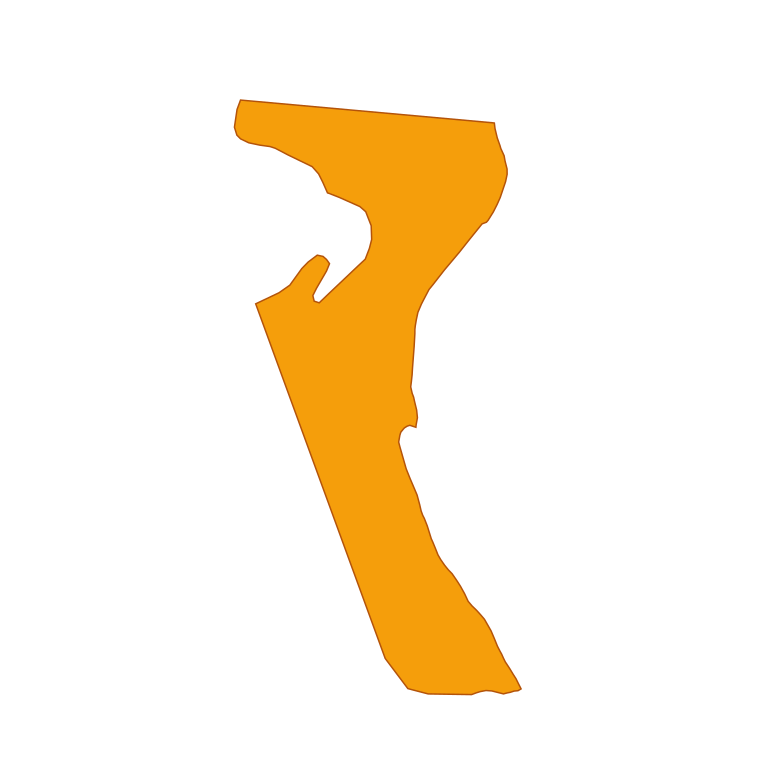 Village, Choiseul, Saint Lucia (Mercator projection), rotated 198°
{"feature_id": "8701671B35560062727781", "entity_name": "Village", "entity_type": "district", "adm_level": 2, "iso_a3": "LCA", "parent_name": "Saint Lucia", "parent_adm1": "Choiseul", "projection": "mercator", "projection_center": [-61.05, 13.775], "detail": "fine", "context": "isolated", "style": "filled", "palette": "amber", "viewbox_px": 768, "rotation_deg": 198, "n_neighbors": 0, "source": "geoboundaries", "source_scale": "gbopen_adm2", "svg_char_len": 1899}
<svg xmlns="http://www.w3.org/2000/svg" viewBox="0 0 768 768"><g transform="rotate(198 384 384)"><path d="M608.2,609.7L608.6,599.7L605.6,582.0L600.8,575.2L596.1,572.8L587.2,571.6L575.9,572.8L565.8,574.6L560.4,574.6L546.1,572.2L519.4,568.5L511.1,563.6L504.5,556.9L496.8,548.3L495.6,548.3L484.9,547.7L461.8,545.3L454.6,542.2L445.1,530.6L440.4,517.7L439.8,508.5L440.4,496.9L445.1,488.4L464.1,453.5L470.7,441.2L476.0,441.2L479.0,446.1L477.8,454.1L473.6,473.7L473.0,481.6L477.2,484.7L481.4,486.5L487.3,485.9L493.8,476.6L497.8,468.5L504.1,448.9L512.1,438.3L530.8,420.6L298.0,123.3L267.2,101.7L263.0,101.9L246.2,102.9L204.7,115.7L200.8,118.8L197.4,121.2L192.3,124.0L186.6,125.4L177.5,126.0L174.6,126.2L171.5,128.2L168.6,129.8L165.3,132.2L161.8,133.7L159.4,136.4L163.3,140.3L167.4,144.5L171.2,147.6L176.3,152.0L179.9,154.9L182.8,157.2L185.8,160.3L188.7,163.5L191.5,166.1L195.1,169.7L200.4,176.0L205.8,182.2L211.5,187.4L215.8,191.3L220.5,194.2L225.9,197.3L231.8,200.2L236.8,203.3L238.3,204.9L242.4,209.3L248.8,215.3L254.2,219.7L260.6,224.6L265.5,227.2L270.4,230.4L275.8,234.5L279.9,238.2L284.2,243.4L288.8,248.8L291.2,251.4L299.0,262.4L304.1,268.6L306.7,271.2L309.5,274.8L312.8,280.3L318.2,288.6L326.1,297.7L329.7,301.8L336.7,310.2L349.3,328.9L352.1,333.3L353.1,340.3L353.1,343.4L351.8,346.8L351.0,348.6L348.9,351.1L346.7,352.7L340.3,352.7L340.8,355.0L341.8,362.3L344.9,369.3L349.7,377.1L351.8,380.7L354.3,383.8L357.7,389.5L358.7,394.7L360.1,401.4L361.8,407.9L366.9,428.9L370.2,441.4L371.5,445.5L372.2,448.9L373.1,454.9L373.9,462.6L373.1,471.7L372.3,476.6L370.4,487.8L368.1,493.7L365.5,500.9L361.7,511.3L353.1,532.5L347.4,547.8L340.2,566.6L336.6,569.5L335.6,571.8L333.2,581.4L331.9,589.7L331.1,597.2L330.9,614.0L331.7,621.5L333.4,626.5L337.8,633.5L340.3,638.2L345.7,644.1L347.3,646.5L352.3,653.0L357.4,661.3L359.7,666.3L360.9,666.1L608.2,609.7Z" fill="#f59e0b" stroke="#b45309" stroke-width="1.5"/></g></svg>